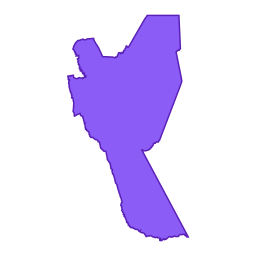 the district of Kitui South, Eastern, Kenya
{"feature_id": "3690345B12410627224170", "entity_name": "Kitui South", "entity_type": "district", "adm_level": 2, "iso_a3": "KEN", "parent_name": "Kenya", "parent_adm1": "Eastern", "projection": "equal_earth", "projection_center": [38.343, -2.253], "detail": "fine", "context": "isolated", "style": "filled", "palette": "violet", "viewbox_px": 256, "rotation_deg": 0, "n_neighbors": 0, "source": "geoboundaries", "source_scale": "gbopen_adm2", "svg_char_len": 5623}
<svg xmlns="http://www.w3.org/2000/svg" viewBox="0 0 256 256"><path d="M178.9,15.4L147.2,15.4L145.9,17.6L145.1,18.4L128.8,46.6L128.4,47.0L127.9,47.2L127.7,46.9L127.2,46.8L126.9,46.1L126.2,46.0L125.8,48.0L125.4,48.1L125.1,48.6L125.0,49.7L124.5,50.3L123.8,50.5L123.5,51.6L123.4,52.3L123.1,52.8L122.9,52.8L122.4,52.4L122.1,52.6L122.0,52.9L121.9,52.8L121.8,53.1L121.6,53.1L121.1,53.7L120.9,53.7L120.7,53.1L120.3,52.8L119.9,53.0L119.8,52.7L119.3,52.9L118.9,52.7L118.4,53.1L118.2,54.3L117.9,54.9L117.5,55.2L117.4,55.6L117.6,55.9L117.5,56.1L116.6,57.1L116.3,57.1L116.0,56.9L115.7,57.0L115.5,57.5L114.8,57.8L113.0,57.1L102.6,56.6L100.4,51.8L100.2,51.3L99.4,49.8L98.8,48.2L96.3,44.1L95.8,43.7L95.5,42.8L94.5,41.2L93.8,39.4L93.6,38.4L87.3,38.9L86.3,39.5L84.6,39.9L84.2,39.9L83.3,39.2L83.0,39.1L79.6,40.3L77.7,40.6L76.0,42.5L75.7,42.6L75.2,43.4L75.1,44.0L74.8,44.2L74.2,45.6L73.9,45.8L73.7,46.2L73.5,47.4L72.9,49.1L73.7,49.5L73.7,50.0L74.2,50.3L74.5,51.0L74.6,51.7L74.9,51.6L75.2,51.9L75.4,52.4L75.2,53.0L75.4,53.4L75.4,54.0L75.7,54.2L76.1,53.9L76.4,54.3L76.4,54.7L76.5,55.0L76.2,55.4L76.1,56.0L76.8,55.8L77.2,55.6L77.5,55.6L77.6,56.0L77.8,56.0L78.6,55.6L78.5,56.1L78.9,57.1L78.7,58.1L78.3,58.6L77.5,58.6L77.4,58.7L77.5,58.9L77.7,59.0L77.6,59.6L78.0,59.8L78.0,60.2L78.2,60.3L78.4,60.7L77.9,61.6L78.1,61.8L78.0,62.2L78.2,62.4L78.4,63.4L78.6,63.5L78.6,64.0L78.4,64.2L78.7,64.6L79.2,64.7L79.0,65.0L79.3,66.0L79.6,66.5L79.5,66.8L79.5,67.0L79.8,66.9L79.8,67.4L79.5,68.1L79.9,68.1L80.0,68.4L79.8,68.9L80.2,69.6L80.2,70.1L80.8,70.1L80.7,70.7L81.0,70.5L81.3,69.8L81.5,70.7L81.9,71.3L82.1,71.2L82.0,71.8L82.3,72.5L82.9,72.4L82.7,73.4L82.9,73.7L83.2,73.7L83.1,73.3L83.5,73.8L83.8,73.6L83.7,74.0L83.9,74.2L84.3,74.1L84.1,75.1L84.4,75.4L84.6,75.8L84.9,75.5L85.2,76.1L85.8,75.9L85.9,76.3L85.9,76.8L85.3,77.4L84.0,77.4L83.5,77.6L83.3,77.9L83.0,77.7L82.4,78.6L81.1,77.9L80.3,78.1L79.3,77.6L78.4,77.8L78.2,78.2L77.5,78.6L76.9,78.7L75.5,78.4L74.0,77.7L73.3,76.1L73.4,75.3L71.8,75.4L70.9,75.9L70.5,75.7L70.0,76.1L69.1,75.8L67.8,76.2L68.3,78.2L68.2,79.5L68.4,79.7L69.2,79.5L69.5,79.6L69.5,80.5L68.9,81.0L68.9,81.5L68.7,82.0L68.9,82.8L68.6,83.7L69.1,84.8L69.3,85.8L69.0,86.8L69.3,87.3L70.2,91.0L70.7,91.8L70.5,92.4L71.4,93.3L71.3,94.1L71.8,94.6L71.6,95.7L72.0,96.0L71.9,97.1L71.6,97.6L72.1,98.2L72.7,98.0L72.9,98.2L73.3,99.9L73.2,101.0L73.7,101.9L73.8,103.9L73.5,106.1L73.7,107.1L73.4,108.0L73.5,108.6L73.3,109.6L73.1,111.4L73.6,112.1L73.6,112.4L74.1,112.8L74.3,114.5L74.3,115.9L74.5,116.1L74.8,116.1L75.2,115.6L76.0,115.4L76.9,114.7L78.8,114.0L80.0,113.3L80.2,113.5L80.4,114.7L80.7,115.4L81.6,116.1L82.3,116.0L82.8,116.3L83.1,116.9L82.8,117.9L83.5,118.9L83.6,120.0L84.0,121.6L84.3,122.1L85.1,122.7L84.5,123.2L84.3,123.6L84.4,123.8L84.8,123.9L84.9,124.1L85.3,127.8L85.7,128.3L85.6,129.2L86.2,129.0L86.4,129.2L86.8,130.6L87.2,130.8L87.9,130.8L88.3,132.0L89.3,132.5L89.1,134.6L89.7,134.9L89.9,136.4L91.0,137.5L91.9,137.3L92.9,137.4L93.5,138.3L95.3,139.4L95.7,139.7L96.7,139.7L97.2,140.0L98.0,141.2L98.2,141.8L99.5,142.1L100.7,148.2L101.6,148.6L102.1,149.6L102.9,150.0L103.2,150.6L103.7,151.1L104.5,151.1L104.9,151.4L105.5,151.3L106.0,151.6L106.6,155.0L106.9,155.5L107.4,159.7L107.6,160.0L108.3,160.4L108.5,161.3L108.9,161.9L109.8,162.4L110.0,162.7L109.9,163.8L110.4,164.3L110.4,165.4L110.8,166.2L110.6,167.0L111.0,167.8L110.9,168.7L111.1,168.9L111.9,169.1L112.5,169.8L112.5,170.1L111.9,170.8L112.2,171.7L112.6,173.9L113.5,174.5L113.7,175.8L114.1,176.7L115.0,180.2L115.0,181.1L115.6,181.8L115.5,182.4L115.5,182.9L117.1,184.7L117.0,185.6L117.4,186.6L118.1,189.5L118.5,190.6L119.3,193.5L119.9,194.6L120.3,196.7L121.0,198.0L121.5,199.8L121.6,200.6L122.2,201.8L122.1,202.4L121.3,203.0L121.1,204.3L120.8,205.2L120.9,205.6L121.5,205.9L121.6,206.3L121.6,207.4L122.0,208.7L122.1,209.3L121.7,210.4L122.2,211.2L122.9,211.4L122.9,211.6L122.8,212.4L123.6,213.1L123.3,214.5L123.5,214.6L124.2,214.5L124.5,214.8L124.5,215.2L124.1,215.8L124.1,216.4L125.2,216.9L125.1,217.7L125.7,218.6L126.5,221.0L126.7,222.4L126.8,222.5L127.7,222.3L127.9,222.5L127.9,223.4L128.5,224.3L128.3,224.8L128.3,225.1L128.9,225.1L129.6,226.5L130.0,226.3L130.2,226.5L130.8,227.6L131.8,227.6L132.3,227.9L133.0,227.6L133.6,228.4L134.3,228.5L135.2,229.3L137.7,229.5L138.8,231.1L139.6,231.0L140.3,230.5L140.0,231.8L140.3,232.1L140.8,232.2L141.2,232.6L142.0,232.6L142.4,232.9L143.0,232.7L143.8,233.0L144.6,234.0L144.9,234.7L145.7,235.2L145.9,236.2L146.1,236.6L147.8,236.0L149.1,236.1L150.3,235.6L152.1,236.3L153.0,237.0L154.2,237.2L155.5,237.7L156.6,237.2L157.3,237.2L157.7,237.8L158.8,237.8L159.7,238.3L160.8,238.5L160.9,238.9L160.7,239.4L160.6,239.5L160.1,239.2L159.7,239.5L159.8,240.4L160.3,240.6L161.9,240.5L162.6,239.6L163.6,239.4L164.1,238.6L164.6,238.9L164.8,239.6L166.3,239.1L169.4,236.4L170.0,236.5L170.4,237.0L171.4,237.2L172.0,237.1L172.8,236.7L173.4,236.7L174.0,236.0L175.5,236.5L178.0,236.6L178.9,235.9L179.3,235.0L179.6,234.8L180.4,234.6L181.9,234.7L182.3,234.6L183.0,234.1L184.2,234.7L185.1,234.1L185.0,235.0L185.1,235.5L185.9,235.8L186.8,236.9L188.2,236.9L141.8,150.0L142.1,149.8L142.6,150.0L142.9,150.6L143.3,150.5L143.9,150.8L145.7,150.8L148.1,150.1L148.6,149.7L149.2,149.6L150.1,148.9L150.0,148.5L151.3,147.7L151.2,147.2L151.5,146.9L152.0,146.7L152.1,146.2L152.4,146.1L153.1,145.3L153.1,144.4L153.6,143.4L154.3,143.5L154.7,143.2L155.0,143.2L155.1,142.9L155.5,143.0L156.0,142.1L156.5,142.1L156.9,141.8L158.2,142.1L158.7,141.5L158.9,140.4L159.6,140.1L180.4,85.5L181.8,81.3L181.2,77.4L176.1,52.0L176.7,51.2L177.1,51.1L177.6,50.6L178.2,50.5L178.4,50.0L179.1,50.2L179.3,49.6L179.5,49.7L179.9,49.5L180.1,48.9L180.4,48.6L178.9,15.4Z" fill="#8b5cf6" stroke="#5b21b6" stroke-width="1.5"/></svg>